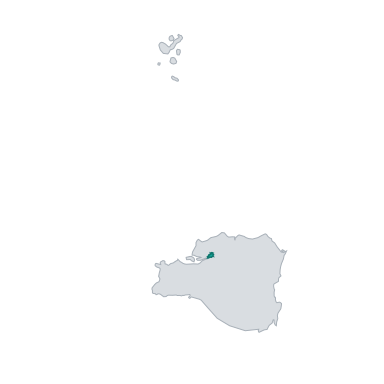 location of Daule, Guayas, Ecuador, rotated 71°
{"feature_id": "8360857B15995512724159", "entity_name": "Daule", "entity_type": "district", "adm_level": 2, "iso_a3": "ECU", "parent_name": "Ecuador", "parent_adm1": "Guayas", "projection": "natural_earth1", "projection_center": [-79.945, -1.92], "detail": "fine", "context": "in_parent", "style": "filled", "palette": "teal", "viewbox_px": 384, "rotation_deg": 71, "n_neighbors": 0, "source": "geoboundaries", "source_scale": "gbopen_adm2", "svg_char_len": 5149}
<svg xmlns="http://www.w3.org/2000/svg" viewBox="0 0 384 384"><g transform="rotate(71 192 192)"><path d="M345.9,155.8L344.8,156.6L342.2,156.9L340.2,156.2L339.4,156.2L339.3,156.9L342.0,158.9L343.2,162.4L345.1,164.5L346.3,165.6L346.3,166.3L346.0,167.7L345.9,168.9L346.5,174.2L346.1,174.5L344.7,174.5L343.5,173.6L340.5,186.8L330.7,200.0L319.6,209.3L306.7,214.7L297.3,218.5L295.8,219.9L291.2,226.5L291.0,227.1L291.7,228.3L291.7,229.0L291.0,229.4L290.4,229.5L290.2,229.2L290.0,228.4L289.3,227.5L288.6,227.3L288.2,227.5L288.1,228.3L287.2,231.8L287.2,233.5L286.7,234.2L286.8,235.8L285.8,237.2L285.1,239.6L284.3,240.4L283.3,244.1L281.9,247.8L281.8,249.0L282.2,249.9L282.4,250.6L281.8,252.9L278.5,255.1L277.6,256.2L277.2,257.4L277.5,258.5L277.4,259.4L276.3,259.7L275.2,261.8L274.4,262.2L272.3,261.5L270.8,261.5L269.6,260.9L267.3,257.3L266.4,255.3L266.1,252.4L263.8,250.6L260.8,251.0L259.9,250.4L257.7,249.2L255.8,247.8L254.4,247.1L253.3,247.4L251.5,249.7L249.8,250.8L249.0,250.7L248.0,250.0L247.8,249.2L250.4,245.2L248.5,245.1L247.8,244.3L247.7,243.2L247.4,242.2L247.8,240.9L248.8,240.2L250.3,240.7L251.3,240.8L252.0,239.5L253.4,238.6L253.7,238.0L252.9,236.0L252.7,235.0L252.9,234.3L252.9,232.2L252.4,231.4L252.4,230.2L252.0,229.6L251.9,228.1L250.9,227.3L254.0,225.9L255.1,224.8L256.5,223.8L257.7,222.3L258.5,220.8L260.4,214.0L262.1,209.7L261.8,207.6L260.4,204.8L260.0,200.7L260.2,199.5L260.0,198.5L259.0,200.2L259.3,206.3L258.4,209.0L257.2,209.7L256.5,209.2L256.9,204.8L256.0,205.6L254.6,208.6L252.3,210.8L252.2,211.5L251.7,212.5L249.9,211.6L248.6,210.7L244.1,205.7L241.2,204.7L239.5,202.9L239.1,202.2L238.9,201.2L240.7,200.1L242.5,198.7L242.7,195.6L242.7,193.2L241.3,189.0L241.9,183.6L241.6,181.5L240.0,177.0L241.2,174.7L245.3,173.1L246.6,172.0L247.5,168.4L248.4,166.2L250.3,167.1L251.7,167.0L249.8,166.2L248.2,163.0L247.9,161.5L251.0,157.1L252.6,155.9L254.5,153.6L256.2,150.1L256.6,144.5L255.9,140.6L255.4,136.4L256.4,135.3L258.8,134.7L260.9,133.4L261.9,132.1L264.3,132.3L267.1,130.4L271.5,129.4L277.8,127.2L279.1,125.2L278.5,121.8L280.8,123.9L281.9,125.5L285.1,127.4L288.8,130.7L291.3,132.4L294.0,133.9L297.9,135.5L300.3,135.2L301.3,137.7L302.2,138.4L304.5,139.3L304.7,139.6L305.6,144.2L306.1,144.9L308.0,145.6L310.4,145.9L311.4,145.7L313.5,147.0L316.8,148.1L317.9,148.2L318.5,148.0L318.6,147.5L319.6,147.6L321.0,148.2L323.1,148.3L324.3,147.8L324.6,145.2L325.1,144.6L326.5,143.7L327.3,143.9L331.1,145.9L331.9,146.7L332.9,148.1L334.6,150.2L336.6,151.5L339.6,152.1L342.5,154.3L345.9,155.8ZM44.7,152.9L45.9,154.3L46.5,158.3L50.3,162.6L50.7,164.9L50.4,166.0L50.6,166.4L52.4,168.1L53.6,169.9L51.6,174.0L47.4,175.7L42.8,175.6L41.9,175.2L40.7,173.6L40.5,172.2L41.2,170.9L43.5,168.9L47.1,167.0L47.5,165.7L46.1,164.3L45.1,161.6L42.9,159.7L41.7,154.0L41.0,153.7L39.5,154.5L38.7,153.8L38.6,153.4L40.2,152.1L40.6,151.2L43.0,150.7L44.1,151.5L44.7,152.9ZM62.3,170.3L61.4,170.3L58.4,168.2L58.6,166.1L59.8,164.7L63.6,164.0L65.2,165.3L65.0,167.8L63.7,169.6L62.7,170.0L62.3,170.3ZM254.5,218.3L254.2,219.1L252.4,219.0L251.9,218.8L252.3,214.8L252.8,213.5L254.3,212.2L255.5,211.6L257.1,211.7L258.7,212.9L256.8,214.9L255.3,215.5L254.5,218.3ZM41.8,163.5L39.9,163.9L38.3,163.1L37.6,162.0L37.5,160.3L37.6,159.7L41.1,159.0L42.3,160.5L42.3,162.6L41.8,163.5ZM79.6,173.3L77.4,174.2L76.1,173.4L76.0,172.8L77.3,171.5L78.5,170.8L79.5,169.2L81.5,168.3L82.1,168.5L82.5,168.8L82.6,169.3L81.9,170.6L80.7,171.5L79.6,173.3ZM57.8,160.8L57.0,161.4L53.4,160.7L52.3,159.4L53.2,157.7L53.9,157.0L56.1,157.6L58.2,159.5L57.8,160.8ZM60.7,182.7L59.9,182.7L58.9,181.8L59.7,180.1L61.2,181.0L61.5,181.6L60.7,182.7ZM277.6,126.2L276.5,126.3L276.0,125.3L277.3,124.1L277.8,123.8L277.6,126.2Z" fill="#d9dde1" stroke="#a8b0b8" stroke-width="1"/><path d="M258.9,192.2L258.5,192.1L258.5,192.3L258.4,192.2L258.2,192.2L258.1,192.3L257.9,192.5L257.7,192.4L257.4,192.3L257.2,192.4L256.7,192.4L256.7,192.5L256.4,192.7L256.2,192.5L256.2,192.4L256.0,192.6L255.9,192.9L255.8,193.0L255.7,193.2L255.8,193.4L255.8,193.5L256.0,193.6L256.1,193.9L256.1,194.0L256.1,193.9L255.9,193.9L255.9,194.1L255.8,194.3L256.0,194.3L255.9,194.4L256.0,194.4L256.1,194.5L256.1,194.4L256.2,194.5L256.3,194.6L256.5,194.5L256.5,194.8L256.5,194.7L256.8,194.6L257.0,194.6L257.1,194.8L256.9,194.9L256.9,195.0L257.0,195.0L256.9,195.2L256.9,195.3L257.0,195.3L257.1,195.5L256.9,195.7L256.9,195.8L257.0,195.8L257.0,196.0L257.1,196.3L256.9,196.4L256.9,196.5L257.0,196.6L257.2,196.3L257.2,196.2L257.3,196.3L257.4,196.5L257.5,196.7L257.6,196.8L257.7,197.0L257.8,197.1L257.8,197.3L257.9,197.5L258.0,197.5L258.1,197.4L258.2,197.5L258.2,197.8L258.3,197.9L258.3,198.0L258.2,198.1L258.2,198.4L258.2,198.5L258.3,198.5L258.4,198.4L258.6,198.3L258.7,198.2L258.9,198.3L259.0,198.3L259.3,198.4L259.4,198.5L259.4,198.4L259.5,198.4L259.6,198.2L259.6,197.9L259.6,197.7L259.6,197.4L259.6,197.1L259.3,196.2L259.5,195.9L259.6,195.7L259.8,195.5L259.9,195.3L259.9,195.2L260.0,195.0L260.0,194.9L259.9,194.9L259.8,194.7L259.7,194.7L259.7,194.4L259.7,194.2L259.6,193.9L259.5,193.7L259.5,193.4L259.6,193.2L259.4,193.3L259.2,193.3L259.2,193.2L259.0,192.9L258.9,192.8L258.8,192.7L258.8,192.4L258.8,192.2L258.9,192.2Z" fill="#14b8a6" stroke="#0f766e" stroke-width="1.5"/></g></svg>